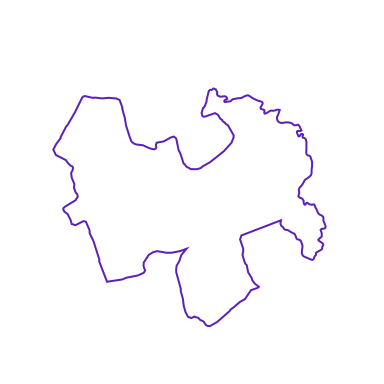 Agua Blanca, Jutiapa, Guatemala (orthographic projection), rotated 337°
{"feature_id": "79465075B57715659618061", "entity_name": "Agua Blanca", "entity_type": "district", "adm_level": 2, "iso_a3": "GTM", "parent_name": "Guatemala", "parent_adm1": "Jutiapa", "projection": "orthographic", "projection_center": [-89.553, 14.461], "detail": "fine", "context": "isolated", "style": "outline", "palette": "violet", "viewbox_px": 384, "rotation_deg": 337, "n_neighbors": 0, "source": "geoboundaries", "source_scale": "gbopen_adm2", "svg_char_len": 5810}
<svg xmlns="http://www.w3.org/2000/svg" viewBox="0 0 384 384"><g transform="rotate(337 192 192)"><path d="M255.1,115.2L253.3,113.2L253.3,111.3L254.2,110.2L254.0,106.9L252.3,105.1L249.9,105.7L248.7,105.1L247.0,105.5L241.2,113.2L241.0,114.1L238.0,117.3L235.8,119.0L235.0,119.0L231.7,123.0L231.3,126.2L231.9,127.1L233.5,127.7L244.0,128.4L246.0,131.0L246.8,135.9L247.9,137.4L247.9,138.8L249.4,141.1L249.5,142.2L251.1,144.5L252.5,155.9L251.7,157.9L247.6,162.1L237.2,166.9L220.4,171.6L212.2,172.5L209.2,173.4L205.3,172.9L199.9,170.5L196.7,166.3L196.1,163.5L195.4,162.7L196.3,152.3L196.1,147.9L198.3,137.0L198.0,135.6L196.8,133.8L193.6,133.5L185.8,134.4L178.9,132.8L177.1,134.5L176.7,136.6L175.8,137.8L173.8,138.0L170.1,135.3L165.2,129.9L159.2,126.4L157.4,124.6L156.0,122.1L156.1,117.4L157.3,104.8L159.0,98.1L160.4,87.7L160.9,87.3L161.3,79.0L158.8,76.3L151.8,72.6L146.0,70.8L139.2,67.0L137.8,66.8L131.0,61.9L129.6,61.6L127.9,62.1L115.3,73.0L103.5,81.8L102.2,82.2L92.5,90.2L92.1,91.1L85.7,94.8L80.9,98.8L81.2,104.8L88.3,113.3L89.1,116.9L90.5,120.2L91.9,121.8L91.9,123.3L90.5,125.4L88.2,127.2L86.9,131.6L86.8,138.8L85.0,142.1L84.7,147.2L85.5,148.9L85.0,151.7L81.5,154.1L69.8,155.8L67.4,156.5L66.7,157.7L66.8,160.2L68.9,163.8L69.3,170.3L68.8,174.5L71.8,177.0L80.8,176.4L82.7,177.9L82.8,187.0L81.7,189.9L82.1,198.6L80.3,218.1L79.5,219.3L78.7,241.4L93.4,245.2L98.4,245.3L109.6,247.7L116.1,247.5L118.1,246.0L118.4,241.3L120.1,238.0L127.6,233.0L132.5,232.2L136.8,232.8L144.5,237.8L149.6,240.0L158.3,241.8L164.8,242.1L157.5,245.9L153.3,250.7L149.0,253.9L146.9,257.6L146.1,259.9L143.8,277.1L143.0,278.3L141.9,286.5L139.9,293.7L139.1,300.1L139.6,305.5L142.3,307.8L145.5,307.6L148.7,310.5L149.5,312.9L151.9,315.5L152.9,320.1L154.1,321.4L156.1,322.4L164.3,321.5L179.8,316.4L182.0,315.1L185.1,314.5L193.2,311.9L198.9,311.3L208.0,305.4L214.8,305.9L216.5,305.4L214.1,301.1L213.0,297.0L213.3,294.1L212.3,288.1L213.8,280.6L213.1,279.1L213.1,275.8L214.0,269.4L215.9,266.8L217.0,264.2L217.7,254.5L220.5,251.3L262.9,252.8L262.4,253.6L261.8,254.3L261.2,255.3L261.0,256.4L260.9,257.4L261.1,258.2L261.6,259.1L261.9,259.6L262.2,260.9L262.3,261.8L262.7,262.7L263.3,263.3L264.5,264.0L265.5,264.7L266.0,265.4L266.5,266.3L267.6,267.8L269.1,269.5L269.9,270.5L270.2,271.5L270.1,274.6L270.1,275.9L270.5,276.8L271.5,277.4L272.1,277.9L272.8,278.7L273.0,279.4L273.1,280.1L273.0,280.9L272.9,283.1L272.7,284.4L272.4,285.3L271.9,286.3L271.1,287.5L269.9,289.7L269.5,290.5L269.1,291.3L269.1,292.5L269.1,293.3L269.3,294.0L269.6,294.6L270.1,295.4L274.9,300.4L275.5,301.0L276.3,301.5L277.1,301.5L278.1,301.1L278.8,300.1L279.3,299.6L280.0,299.0L280.6,298.8L281.4,298.3L281.8,297.8L282.1,296.8L283.2,296.2L283.9,296.2L288.4,295.6L289.5,295.3L290.0,294.4L290.6,293.2L291.2,292.7L292.0,292.1L292.4,291.4L292.2,290.3L289.9,286.7L289.6,286.0L289.7,285.3L290.7,284.8L291.4,284.5L292.6,284.1L293.3,284.1L294.1,283.4L294.5,282.5L295.1,281.3L295.4,279.8L295.4,278.9L295.4,277.7L295.7,277.0L296.8,276.6L297.8,276.9L298.8,277.2L299.5,277.2L300.3,277.3L301.0,276.8L301.5,275.8L301.6,274.9L301.8,272.6L301.7,271.5L301.7,270.7L301.7,269.7L302.0,269.0L302.3,268.4L302.7,267.7L302.9,267.0L303.1,265.9L302.0,264.1L300.7,262.7L300.0,261.2L299.9,260.2L299.8,257.1L299.8,256.0L299.6,254.4L299.6,253.8L299.6,253.1L299.7,252.4L299.5,251.1L298.6,250.8L297.9,250.7L297.1,250.4L296.1,249.8L295.3,249.1L294.8,248.4L294.2,247.4L293.4,246.8L292.5,247.0L291.9,247.7L290.9,247.8L290.5,247.2L290.5,246.3L290.6,245.3L291.0,244.5L291.3,243.6L291.2,242.5L290.9,241.5L290.4,240.5L289.6,239.9L288.8,239.2L288.2,237.9L288.5,237.1L290.4,234.7L290.8,233.4L291.0,232.2L291.4,231.3L292.2,230.6L293.3,229.8L294.6,229.2L295.5,228.8L296.4,228.3L296.9,228.0L297.6,227.4L298.9,226.4L299.6,225.8L300.4,225.2L301.0,225.0L301.8,224.7L302.9,224.6L304.1,224.3L306.3,223.7L307.5,223.3L308.3,222.8L308.9,222.1L309.6,221.1L309.9,220.3L310.2,219.5L310.5,218.8L311.0,217.9L311.7,216.6L312.1,216.1L312.5,215.4L313.5,213.2L313.8,212.4L314.3,211.1L314.5,209.7L314.5,208.3L314.7,206.8L314.7,205.2L314.1,204.3L313.4,204.0L312.9,203.6L312.4,202.7L312.3,201.7L312.4,201.0L312.6,200.2L313.0,199.4L314.0,197.4L316.0,192.7L316.7,191.1L317.0,190.2L317.1,189.2L317.3,188.4L317.3,187.7L316.9,186.6L316.0,185.9L315.5,185.5L315.2,184.9L315.4,184.1L315.8,183.6L316.7,182.7L316.5,182.0L315.8,181.5L314.7,181.4L314.1,181.7L313.7,182.1L312.8,182.7L311.8,182.4L311.7,181.7L311.8,178.9L311.9,178.1L312.3,177.4L312.8,177.1L313.7,177.2L314.6,177.9L315.7,178.3L316.8,178.1L316.6,173.4L316.5,172.6L316.1,171.7L315.3,171.3L314.4,171.3L313.5,171.1L312.5,170.7L311.9,170.2L311.2,168.8L310.9,168.1L310.1,167.1L309.2,166.4L308.3,165.9L307.2,165.3L306.2,164.8L305.5,164.6L304.1,164.2L302.8,163.9L302.2,163.7L300.8,163.1L299.8,162.2L299.4,161.7L298.8,160.6L298.7,159.5L298.7,158.9L298.8,158.1L299.1,157.1L299.7,156.2L300.6,155.3L301.7,154.3L303.0,152.8L304.8,150.8L304.1,150.2L303.4,149.8L302.5,149.5L301.7,149.4L300.9,149.4L299.6,149.2L298.9,149.1L298.3,148.9L297.4,148.3L296.5,147.9L295.3,147.9L291.7,148.5L290.2,148.5L289.5,148.2L289.4,147.6L289.7,146.7L290.4,145.8L290.5,144.8L290.0,144.1L289.3,143.6L288.4,143.0L287.9,142.3L287.9,141.3L288.6,140.6L289.3,140.1L290.2,139.4L291.2,138.6L291.6,138.1L291.9,137.2L291.5,136.2L290.7,135.6L289.6,134.6L288.9,134.2L288.4,133.6L287.8,133.1L285.1,130.1L283.5,127.9L282.5,126.2L282.0,125.5L281.2,124.8L280.0,124.5L278.7,124.5L277.9,124.4L277.2,124.4L276.1,124.6L275.4,124.7L274.6,124.7L273.9,124.7L272.9,124.4L272.3,124.2L271.7,124.0L270.8,123.6L268.8,123.2L268.0,123.1L266.5,122.6L265.4,122.6L264.7,122.8L263.8,123.2L263.2,123.3L262.2,123.4L261.3,123.1L260.7,122.9L259.4,122.5L258.7,122.5L257.5,122.2L257.1,121.4L257.7,120.4L258.3,120.2L259.5,120.2L260.8,120.0L260.9,118.9L260.8,118.3L260.2,117.1L259.2,116.5L258.2,116.2L257.0,115.9L255.1,115.2Z" fill="none" stroke="#5b21b6" stroke-width="2"/></g></svg>